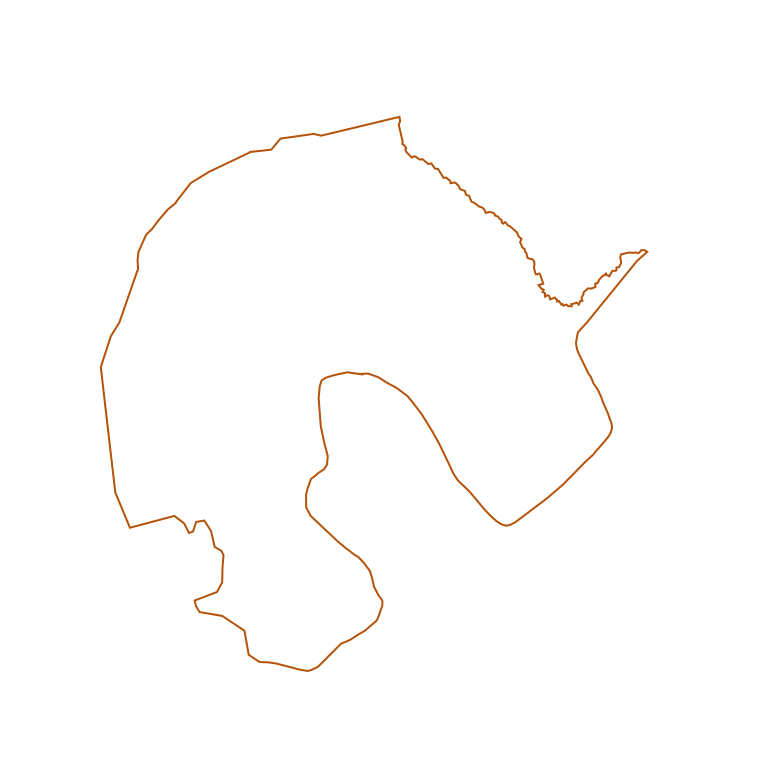 the district of Kantora, Upper River, Gambia, rotated 167°
{"feature_id": "56634734B33233148834926", "entity_name": "Kantora", "entity_type": "district", "adm_level": 2, "iso_a3": "GMB", "parent_name": "Gambia", "parent_adm1": "Upper River", "projection": "robinson", "projection_center": [-13.936, 13.414], "detail": "fine", "context": "isolated", "style": "outline", "palette": "amber", "viewbox_px": 768, "rotation_deg": 167, "n_neighbors": 0, "source": "geoboundaries", "source_scale": "gbopen_adm2", "svg_char_len": 4096}
<svg xmlns="http://www.w3.org/2000/svg" viewBox="0 0 768 768"><g transform="rotate(167 384 384)"><path d="M308.8,640.7L308.8,640.8L323.4,640.7L389.4,640.1L396.3,643.5L429.6,646.4L441.1,637.7L462.4,640.2L462.8,639.8L507.6,629.9L509.2,629.3L527.2,623.2L545.0,608.7L546.5,607.1L549.5,605.6L555.5,602.6L567.0,594.1L575.1,587.3L582.3,582.8L593.6,567.9L596.4,559.5L597.8,550.9L599.1,549.5L600.7,546.9L628.0,503.5L639.5,491.9L656.1,464.2L657.9,448.6L661.3,418.5L670.2,338.8L663.9,301.1L629.9,302.2L617.9,302.6L610.1,293.2L607.5,282.7L603.3,283.2L598.0,291.9L589.7,291.3L585.6,279.6L585.6,277.7L585.6,263.3L579.9,258.0L578.9,253.3L579.2,252.3L581.1,246.3L581.5,245.1L582.6,241.6L586.3,227.1L593.6,218.9L617.2,215.6L617.2,210.3L615.1,203.3L593.8,194.4L575.5,175.0L576.7,150.5L567.8,141.1L559.0,138.7L551.7,135.8L533.3,126.2L530.3,124.6L523.0,121.6L519.8,121.6L512.0,123.3L508.4,125.5L484.2,140.7L480.0,141.3L474.3,142.4L466.4,145.3L457.5,148.1L452.3,151.0L444.4,155.1L441.3,159.2L435.5,168.5L434.4,172.6L434.9,174.9L437.0,179.6L439.3,188.6L439.3,198.6L439.8,205.0L441.8,209.5L443.9,214.4L448.1,221.4L451.2,224.3L456.1,230.3L456.6,230.8L458.5,233.1L464.7,241.3L467.1,245.0L471.9,252.1L480.1,264.5L485.0,271.8L487.6,281.1L484.9,293.4L483.3,296.9L481.7,299.8L476.5,307.9L472.3,309.7L468.1,312.0L461.8,314.3L457.6,318.4L456.1,323.1L455.0,326.5L455.4,338.8L455.3,348.5L455.1,357.2L451.7,379.4L450.8,385.2L447.1,396.3L444.0,401.5L439.3,403.2L434.5,403.6L433.5,403.6L431.4,403.8L428.5,403.8L425.6,403.8L421.2,403.7L417.3,403.7L403.2,398.4L403.2,398.8L397.4,397.8L390.8,393.7L387.8,391.7L384.7,388.5L380.9,384.6L372.8,377.5L371.3,375.7L363.9,367.1L362.4,364.1L359.4,358.0L354.0,345.9L347.5,326.7L343.5,312.7L339.3,294.2L336.4,280.8L333.7,273.4L325.0,260.2L313.7,238.0L312.7,236.3L308.0,228.9L305.0,224.8L301.1,220.8L296.9,218.4L292.4,218.4L287.3,219.7L250.4,236.2L236.5,243.5L231.4,246.2L226.9,249.2L224.2,250.8L205.5,262.8L195.9,268.2L192.2,271.2L188.9,273.5L182.0,278.5L176.9,282.5L173.8,285.9L171.7,289.9L171.1,293.9L172.1,301.2L172.4,304.9L173.9,312.6L174.8,317.3L175.1,321.3L176.5,328.7L177.7,332.4L179.8,337.5L180.1,339.8L180.4,341.6L181.0,344.9L182.2,347.2L187.5,370.1L188.1,374.5L187.8,380.2L186.9,382.9L183.5,390.6L179.2,393.7L173.1,397.8L109.5,447.2L97.8,453.5L98.5,454.3L99.0,454.9L99.4,455.3L99.6,455.5L99.9,455.6L103.2,456.6L104.1,455.6L106.8,454.2L108.9,455.6L111.0,455.6L115.8,457.0L123.9,457.0L125.4,454.3L125.4,451.3L125.7,448.6L128.8,444.9L131.2,445.3L132.1,442.3L133.6,442.3L136.0,442.9L140.2,438.3L141.4,439.6L142.9,439.9L142.9,441.6L148.0,439.3L151.0,437.0L153.2,434.3L155.6,434.3L156.2,430.9L158.9,430.6L160.7,430.3L163.7,431.3L169.1,428.3L169.4,426.6L172.1,423.6L172.1,420.3L173.9,420.9L176.4,417.6L177.9,419.9L181.2,419.6L183.6,419.6L183.6,417.6L186.9,418.3L188.4,420.3L191.7,420.0L192.0,421.7L193.5,421.7L194.7,425.4L196.8,425.4L196.5,427.4L197.4,428.1L198.0,429.8L203.1,429.1L203.1,431.6L203.1,432.5L204.0,433.2L204.9,433.8L207.3,432.8L207.3,434.2L206.7,436.2L208.8,438.2L207.2,439.6L207.5,440.2L209.0,441.3L209.9,442.9L211.1,445.6L206.3,445.9L207.2,455.4L207.8,456.7L208.7,456.7L211.1,456.4L211.7,458.1L211.7,464.1L210.5,466.5L210.1,469.8L211.3,472.2L213.1,472.9L215.8,474.5L215.8,479.6L216.7,480.9L216.7,484.0L218.5,486.0L219.0,488.8L219.5,491.5L217.4,494.5L219.5,497.2L220.4,501.9L225.8,509.4L227.6,510.7L228.8,513.3L229.4,514.4L230.3,514.4L231.5,513.4L232.7,514.4L232.7,515.4L232.7,516.2L232.7,517.8L233.3,518.1L233.9,518.5L234.6,519.9L235.3,521.5L238.0,523.2L238.0,525.2L239.8,526.6L242.2,527.9L246.4,527.9L246.4,529.3L247.3,532.0L248.8,534.0L251.2,535.3L255.1,540.1L257.8,542.1L258.7,548.1L261.7,550.2L261.7,553.9L265.9,556.6L266.8,560.3L269.2,564.3L274.0,564.7L273.7,566.7L276.9,571.1L279.6,571.4L282.9,581.2L285.9,582.5L288.3,588.3L291.3,588.3L295.8,594.3L298.8,594.7L302.1,598.4L303.6,599.1L306.0,598.4L306.7,599.6L307.3,600.6L307.6,601.0L308.1,601.9L309.9,604.8L310.5,607.9L309.3,608.9L310.1,611.4L310.2,611.5L312.2,613.9L311.3,615.6L311.3,622.3L311.3,627.2L311.3,633.4L309.2,636.4L308.9,639.3L308.9,640.1L308.8,640.7Z" fill="none" stroke="#b45309" stroke-width="2"/></g></svg>